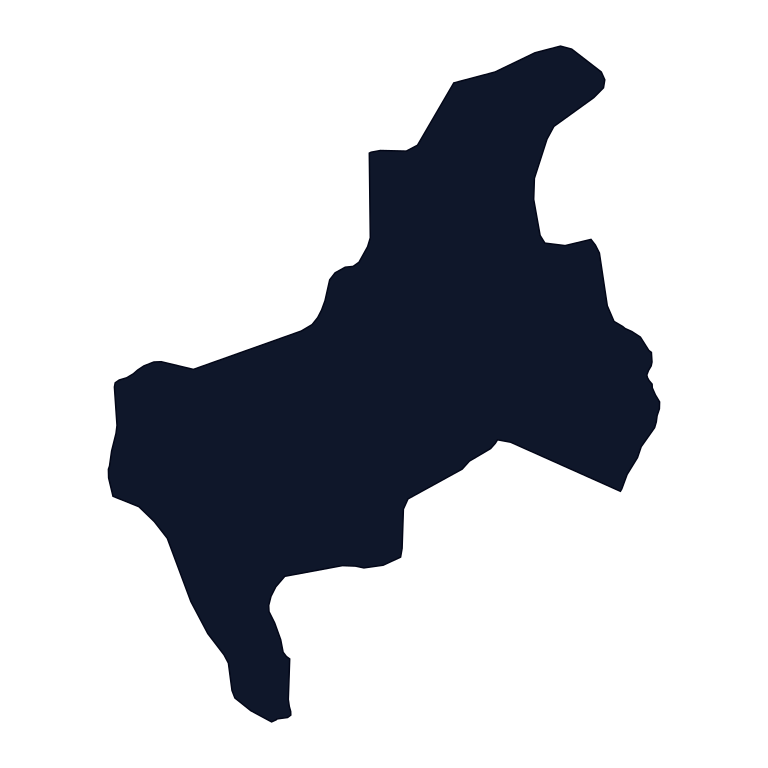 SVG path tracing the border of Yazd
{"feature_id": "IRN-3217", "entity_name": "Yazd", "entity_type": "Province", "adm_level": 1, "iso_a3": "IRN", "parent_name": "Iran", "parent_adm1": "", "projection": "natural_earth1", "projection_center": [55.694, 32.497], "detail": "fine", "context": "isolated", "style": "filled", "palette": "ink", "viewbox_px": 768, "rotation_deg": 0, "n_neighbors": 0, "source": "natural_earth", "source_scale": "10m", "svg_char_len": 1611}
<svg xmlns="http://www.w3.org/2000/svg" viewBox="0 0 768 768"><path d="M193.4,369.4L301.3,331.0L312.1,324.6L317.7,317.6L321.6,310.0L325.0,300.7L329.7,279.8L335.1,272.8L345.2,267.2L353.1,266.4L359.0,262.2L367.6,246.7L370.3,237.8L369.3,153.4L369.3,153.1L371.1,152.2L380.4,150.5L406.3,151.1L417.5,145.2L453.8,82.9L495.0,72.0L535.1,52.7L560.5,46.1L571.7,49.1L601.3,72.0L604.8,79.8L603.5,87.8L593.8,97.6L553.9,126.4L547.0,139.1L534.4,178.3L533.7,199.4L540.1,235.4L544.9,243.1L565.1,245.6L591.0,239.4L595.4,245.1L599.4,253.0L607.3,305.8L614.0,321.4L622.7,326.5L625.1,328.5L631.8,331.5L640.4,337.1L648.8,350.4L651.4,352.4L652.0,362.0L651.2,365.9L648.5,370.5L646.8,375.0L647.5,377.7L649.1,380.6L652.1,384.1L652.3,387.9L655.4,394.9L659.6,401.9L659.4,408.8L657.1,415.7L656.3,421.9L654.6,427.7L641.2,446.7L637.5,457.6L627.1,474.5L621.8,488.9L620.4,491.3L510.6,442.2L497.5,439.8L495.3,443.3L490.6,448.6L469.4,461.1L462.2,469.1L408.0,498.9L403.4,509.1L402.1,548.4L400.6,557.1L383.2,565.2L363.9,567.9L355.5,566.1L342.4,565.6L284.8,576.3L275.8,586.8L271.0,596.3L268.7,605.4L269.0,611.6L274.7,623.0L280.7,639.7L283.1,652.2L286.4,656.5L289.7,658.9L288.3,699.4L289.3,706.5L290.7,711.5L290.8,715.1L287.6,717.5L277.2,718.9L276.2,719.8L271.6,721.9L250.8,710.7L234.9,698.0L232.0,690.5L228.4,663.1L224.0,654.8L207.8,633.6L190.9,601.6L167.3,538.3L154.3,521.6L138.9,506.7L113.0,496.3L108.6,477.9L108.4,469.2L109.5,466.1L111.6,451.0L116.0,433.4L117.0,425.4L114.4,387.0L115.2,382.8L119.2,380.0L126.6,377.8L133.2,373.9L137.7,370.0L143.9,365.9L153.8,362.0L161.2,361.7L193.4,369.4Z" fill="#0f172a" stroke="#020617" stroke-width="1.5"/></svg>